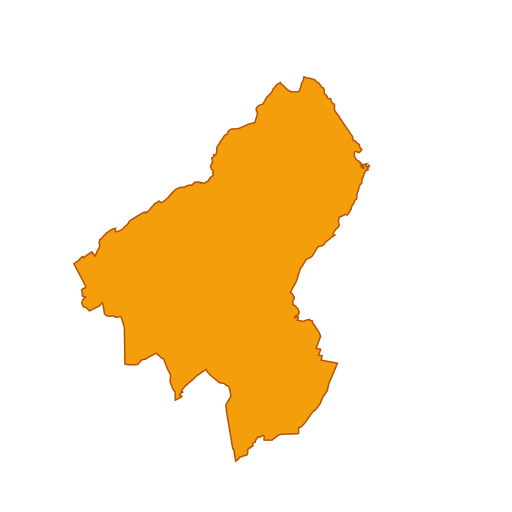 outline of Batarci, Satu Mare, Romania, rotated 307°
{"feature_id": "2599482B29173948913219", "entity_name": "Batarci", "entity_type": "district", "adm_level": 2, "iso_a3": "ROU", "parent_name": "Romania", "parent_adm1": "Satu Mare", "projection": "robinson", "projection_center": [23.175, 48.032], "detail": "fine", "context": "isolated", "style": "filled", "palette": "amber", "viewbox_px": 512, "rotation_deg": 307, "n_neighbors": 0, "source": "geoboundaries", "source_scale": "gbopen_adm2", "svg_char_len": 6141}
<svg xmlns="http://www.w3.org/2000/svg" viewBox="0 0 512 512"><g transform="rotate(307 256 256)"><path d="M427.8,186.4L425.9,187.5L424.4,188.1L420.4,188.6L419.8,189.2L417.7,190.2L414.0,191.1L412.8,191.1L408.8,186.2L408.1,184.3L407.8,180.6L408.1,177.5L408.6,175.4L408.6,172.1L409.2,171.0L407.1,170.4L405.8,169.5L399.2,169.2L396.6,169.9L395.7,169.9L393.1,169.7L389.1,169.0L382.2,170.1L381.1,169.8L378.0,167.7L375.0,167.2L374.1,167.4L372.9,168.1L372.3,168.8L371.5,170.4L370.3,171.6L361.9,174.8L356.6,170.6L348.5,166.1L345.6,163.9L343.7,161.1L342.4,159.9L341.3,159.3L339.3,158.8L338.4,158.8L336.7,159.5L335.9,159.6L333.9,158.5L332.7,158.3L329.4,158.8L326.3,158.6L323.5,159.1L322.3,159.0L319.3,159.4L318.1,159.8L317.6,160.4L316.5,161.1L315.4,162.1L313.7,162.7L312.5,162.5L311.3,161.3L310.8,161.5L311.0,162.4L310.6,162.6L308.1,162.1L308.0,161.7L307.7,161.6L305.8,164.1L304.4,164.5L303.6,165.2L301.5,165.2L300.0,165.8L298.4,168.6L298.2,170.3L296.7,171.6L296.1,171.5L295.7,172.8L293.5,173.1L290.6,172.1L289.7,172.6L287.6,172.4L286.7,172.8L285.1,171.5L283.0,171.1L282.3,169.8L282.3,169.3L281.7,167.9L280.6,167.9L281.1,166.5L280.5,165.5L279.7,165.0L279.5,164.8L279.6,164.1L278.5,163.6L277.8,162.5L276.9,162.9L274.8,161.9L273.8,162.1L273.1,161.3L272.8,160.3L270.0,158.3L268.3,158.0L267.8,157.0L267.2,156.7L266.8,155.7L265.7,155.2L265.0,154.0L262.2,152.4L260.4,151.7L259.1,151.6L258.2,151.1L256.0,151.2L255.4,150.7L254.4,151.0L253.5,150.7L251.7,150.8L250.9,150.6L250.1,150.9L248.7,150.3L246.5,150.0L244.5,149.5L241.5,148.4L241.6,145.6L237.1,144.0L237.2,143.8L236.1,143.6L233.6,143.5L233.8,143.5L230.7,143.0L230.4,143.5L225.4,142.6L225.5,142.1L223.7,141.8L224.0,140.4L218.7,138.0L207.9,133.9L205.3,134.4L196.3,133.0L194.5,132.2L191.4,130.0L191.0,129.0L191.4,128.4L193.6,127.2L192.0,125.8L190.3,124.8L184.1,122.6L182.7,122.8L181.8,122.3L179.5,122.3L176.1,121.8L174.9,121.4L174.1,122.0L172.7,122.3L170.8,124.4L169.3,125.4L165.1,126.1L159.2,127.6L159.3,126.1L160.0,124.9L159.6,124.7L160.5,122.9L160.4,122.2L153.7,120.1L151.4,119.6L151.1,119.5L151.0,119.0L151.5,118.1L151.2,117.8L147.6,116.9L146.9,117.4L140.2,115.2L129.6,137.7L128.9,138.4L127.9,138.7L127.1,138.5L126.3,137.6L124.1,137.1L122.3,138.8L121.8,139.7L120.1,140.9L119.6,141.5L120.7,144.4L119.5,144.5L118.6,144.0L116.4,144.1L113.6,145.1L111.5,148.7L112.5,150.8L112.0,156.1L118.6,159.3L121.1,160.8L126.2,161.4L125.2,162.9L118.8,169.7L118.5,170.4L118.5,173.2L119.9,175.8L121.7,176.9L122.6,178.7L122.4,180.6L126.2,184.4L125.6,185.7L119.7,193.9L90.8,216.4L91.3,217.2L92.1,219.1L94.4,222.2L95.7,224.2L98.1,226.7L104.5,227.4L107.2,229.9L111.5,231.5L118.3,234.8L117.7,242.7L118.2,244.1L112.5,253.3L109.6,259.4L103.7,263.2L99.6,269.9L98.9,273.2L92.2,278.2L97.6,280.9L99.3,281.2L99.5,280.5L98.8,279.9L99.3,278.4L101.4,278.5L103.1,279.5L103.3,279.3L103.0,278.2L103.7,277.5L111.5,277.9L111.5,278.4L115.2,278.7L119.0,280.0L123.9,280.6L135.5,284.3L134.4,286.1L133.3,291.3L133.0,300.2L132.7,302.8L134.9,307.1L135.0,308.0L134.7,309.5L135.2,311.8L135.2,313.7L133.8,314.7L132.0,317.2L128.7,320.4L123.5,320.9L123.7,321.1L119.7,321.3L118.0,322.3L114.7,325.7L114.3,325.8L88.1,353.4L88.5,354.1L88.4,354.4L80.0,363.1L81.8,363.9L86.0,364.2L87.2,365.7L88.6,366.0L90.8,368.0L91.9,368.5L93.7,367.9L94.7,367.0L96.7,366.0L97.8,365.8L98.2,365.9L99.3,366.9L100.7,367.0L102.3,367.9L103.1,367.4L104.0,366.4L104.6,366.2L105.6,366.5L107.0,367.5L108.7,366.6L112.9,366.5L113.4,367.8L113.9,368.3L116.1,369.0L116.8,369.4L117.1,370.9L116.9,371.3L115.1,372.1L114.3,372.8L113.9,373.4L118.6,379.6L127.0,381.9L129.2,383.9L138.1,395.0L139.9,396.8L144.7,393.2L145.4,394.1L146.4,394.7L149.3,395.3L152.5,395.5L166.0,395.1L167.7,395.8L170.5,396.2L177.0,396.1L183.0,394.4L190.6,394.1L192.0,393.7L198.7,390.6L204.5,389.4L219.4,385.6L212.0,370.7L216.2,368.8L214.4,365.6L220.4,363.9L218.4,359.6L226.2,357.3L226.2,357.1L230.5,356.1L232.5,353.2L235.6,345.4L236.6,341.3L238.1,340.1L237.1,337.9L237.5,336.8L234.5,334.4L232.6,333.3L231.6,331.8L229.6,327.6L231.3,327.3L232.6,326.5L232.8,326.1L231.4,324.6L230.0,324.1L230.6,323.8L232.3,323.8L234.6,325.1L235.9,324.8L237.4,324.1L239.1,321.2L239.0,319.8L239.7,318.3L239.8,317.6L239.5,314.4L240.7,313.8L241.4,312.8L245.4,312.0L246.2,311.3L246.3,310.6L247.0,309.3L247.7,307.4L247.8,307.0L247.4,306.4L247.3,305.5L252.6,304.5L259.0,303.7L263.6,302.4L263.9,302.0L273.1,298.9L275.7,299.1L282.0,298.2L283.4,298.3L284.8,298.8L287.5,300.4L290.2,300.9L298.3,300.1L299.1,299.8L299.8,300.2L300.5,300.0L302.6,301.2L302.9,301.8L303.6,302.4L306.3,303.5L308.1,303.1L309.5,303.3L314.4,304.7L316.6,305.0L319.5,306.3L319.9,306.3L319.3,305.9L319.1,305.2L320.0,304.3L320.6,304.1L325.0,303.6L327.5,304.2L330.2,304.2L331.3,303.3L333.3,300.9L335.7,299.7L337.0,299.4L337.9,299.5L339.2,300.5L342.7,302.2L343.2,303.0L343.6,304.1L346.2,304.3L350.9,303.7L353.1,302.6L357.2,302.4L359.4,301.4L360.5,301.5L361.5,302.0L362.3,302.0L363.8,301.2L364.3,300.3L366.5,299.3L369.1,298.5L374.3,296.5L376.0,296.3L377.3,296.6L378.2,296.4L381.5,294.2L382.4,294.4L386.7,292.9L388.3,292.8L389.3,292.3L389.9,292.2L392.4,293.6L392.9,293.4L392.6,292.6L392.8,292.2L393.2,292.0L393.7,291.9L394.4,292.4L395.6,292.5L396.6,291.9L395.9,291.2L394.9,291.6L394.1,290.7L394.1,289.8L394.7,289.1L395.2,288.9L396.3,289.0L394.7,287.7L393.7,287.3L393.3,286.6L393.3,285.6L392.9,286.2L392.3,286.5L392.4,287.1L391.4,287.9L391.3,289.1L390.8,289.3L390.2,288.8L390.1,287.7L391.2,285.4L393.5,282.6L393.7,280.4L393.4,279.3L393.4,278.3L394.0,276.2L395.1,274.4L397.9,272.3L398.5,272.1L399.1,272.4L399.7,273.2L400.1,274.2L400.1,275.4L400.5,275.9L401.5,276.3L403.3,276.5L404.4,276.5L404.8,276.3L405.3,273.8L405.7,272.8L407.2,271.6L407.0,267.6L407.6,266.9L407.0,263.8L407.3,263.3L408.8,262.0L409.6,260.8L416.4,240.7L417.7,238.0L418.0,235.2L418.9,233.5L419.2,232.1L419.6,231.3L420.7,230.1L423.8,228.0L424.2,227.2L424.3,224.1L425.1,222.6L426.0,221.8L426.5,220.9L426.0,219.9L425.3,219.0L425.1,218.4L426.6,215.9L426.8,215.3L426.6,213.7L427.2,212.4L429.5,210.6L430.7,209.1L430.8,208.4L430.4,207.8L430.5,206.6L431.9,202.2L431.6,199.4L432.0,197.6L432.0,196.4L431.3,194.6L430.9,194.0L430.5,192.3L428.9,189.6L428.4,187.4L427.8,186.4Z" fill="#f59e0b" stroke="#b45309" stroke-width="1.5"/></g></svg>